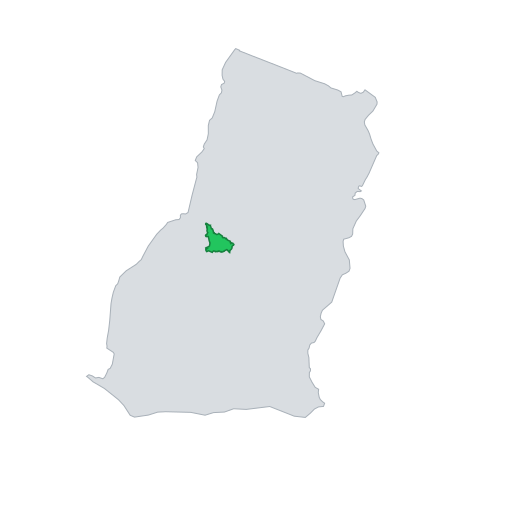 location of Kintampo South, Brong Ahafo, Ghana, rotated 22°
{"feature_id": "2480657B51466124780551", "entity_name": "Kintampo South", "entity_type": "district", "adm_level": 2, "iso_a3": "GHA", "parent_name": "Ghana", "parent_adm1": "Brong Ahafo", "projection": "robinson", "projection_center": [-1.864, 7.943], "detail": "fine", "context": "in_parent", "style": "filled", "palette": "green", "viewbox_px": 512, "rotation_deg": 22, "n_neighbors": 0, "source": "geoboundaries", "source_scale": "gbopen_adm2", "svg_char_len": 6673}
<svg xmlns="http://www.w3.org/2000/svg" viewBox="0 0 512 512"><g transform="rotate(22 256 256)"><path d="M307.1,64.2L310.6,67.8L311.3,69.9L310.1,77.8L307.6,83.4L306.0,88.5L306.2,91.1L307.8,93.7L313.0,97.8L315.6,100.4L318.8,104.4L322.4,108.3L328.6,113.4L331.3,114.3L331.2,115.7L330.3,117.7L329.8,136.7L329.3,141.6L328.8,144.0L328.3,151.1L327.6,152.1L326.4,152.0L325.4,152.3L325.1,153.7L325.5,155.2L329.3,156.2L328.5,157.3L325.7,158.2L324.4,160.4L325.0,162.8L323.5,164.8L323.9,166.1L324.9,167.0L326.5,166.7L330.8,163.4L332.7,163.1L334.9,163.7L339.1,168.7L339.3,171.2L337.6,179.5L335.9,186.0L335.6,194.5L337.4,199.4L337.2,202.0L335.3,204.3L331.0,207.6L331.3,209.9L333.3,214.1L336.9,218.8L344.0,224.7L347.8,232.2L347.9,235.3L345.7,238.4L343.1,241.1L342.3,245.0L343.5,270.4L337.9,281.4L337.8,284.6L338.4,288.2L339.9,290.5L342.8,291.1L345.1,293.2L344.3,300.9L343.1,308.8L342.9,312.7L342.2,314.5L340.0,316.0L339.2,318.4L339.7,321.5L339.3,323.8L340.5,326.8L343.1,330.4L347.2,339.5L348.8,340.2L349.5,342.2L349.1,344.0L350.7,348.1L355.3,352.1L360.1,355.6L364.0,356.1L364.9,359.3L367.5,363.3L369.4,365.0L372.3,366.2L374.8,366.8L374.9,370.2L370.5,372.5L367.5,376.0L365.3,381.3L362.2,387.2L351.4,390.2L347.3,390.2L325.1,390.4L304.4,401.9L292.5,406.0L285.2,412.5L275.3,417.1L268.4,422.7L254.1,425.4L230.6,434.2L223.3,437.6L215.8,443.8L203.7,450.9L199.0,450.8L189.5,444.1L182.4,440.8L165.0,435.6L152.0,433.7L145.7,431.5L144.0,431.1L145.5,428.7L149.1,428.5L152.9,429.2L155.8,427.4L160.0,427.2L161.1,425.2L161.5,420.4L161.4,416.5L162.9,414.8L163.3,410.1L161.2,399.9L159.8,398.8L152.2,397.3L151.6,395.3L150.3,393.2L148.8,387.9L147.2,380.1L144.5,370.4L139.4,354.4L138.2,348.8L137.3,343.0L137.1,336.1L138.2,333.6L138.0,330.0L137.6,326.5L141.2,318.3L148.2,308.4L149.7,304.8L151.0,302.3L151.2,298.7L152.4,287.1L155.8,273.0L157.9,267.7L159.4,264.9L161.1,260.2L161.5,258.0L168.0,252.5L171.0,251.0L171.6,248.8L170.6,246.5L171.1,244.9L172.6,244.1L175.0,243.4L176.7,241.1L174.0,223.8L171.8,206.6L171.7,205.1L170.4,202.7L169.1,195.6L166.9,191.4L163.9,190.2L163.9,186.3L166.9,179.7L167.8,175.8L166.3,174.6L166.1,171.6L167.1,166.7L166.6,163.7L166.0,160.5L162.9,152.9L162.1,147.6L163.7,144.4L163.7,137.6L161.9,127.0L161.7,120.4L162.8,117.6L162.3,115.0L160.0,112.4L159.8,110.0L161.8,107.6L161.5,105.8L159.1,104.4L156.9,101.2L154.9,96.0L155.3,87.8L159.0,72.6L159.5,71.3L163.7,71.4L163.7,72.0L176.6,71.9L191.5,71.7L209.2,71.5L225.3,71.4L226.0,70.7L228.6,69.8L244.9,71.4L255.1,70.6L259.4,71.1L262.5,72.1L269.6,71.5L273.3,71.9L276.1,75.7L277.3,75.6L278.9,74.0L281.7,72.2L284.5,70.8L286.6,67.8L287.8,65.5L289.7,66.0L292.3,65.9L294.1,64.0L294.8,61.1L307.1,64.2Z" fill="#d9dde1" stroke="#a8b0b8" stroke-width="1"/><path d="M208.0,265.6L207.7,266.0L207.2,266.6L206.7,266.8L206.6,267.0L206.9,267.0L207.1,267.0L207.0,267.3L207.0,267.5L207.3,267.6L207.5,267.6L207.8,267.6L207.6,267.8L207.2,268.0L206.9,268.2L206.8,268.3L207.0,268.7L207.3,268.9L207.3,269.0L207.5,269.6L208.0,270.0L208.3,270.2L208.7,270.4L210.1,268.9L212.2,269.0L214.1,269.0L214.1,268.9L214.1,268.7L214.3,268.2L214.4,267.9L214.5,267.7L214.6,267.4L214.9,267.3L215.0,267.1L215.5,267.0L215.9,267.0L216.2,267.0L216.3,267.0L216.7,267.3L216.8,267.2L217.1,266.8L217.3,266.8L217.5,266.8L217.7,266.7L217.8,266.6L218.0,266.6L218.3,266.6L218.5,266.4L218.8,266.2L219.0,266.1L219.0,265.8L219.3,265.8L219.4,265.7L219.5,265.7L219.7,265.4L219.8,265.3L219.8,265.2L220.0,265.2L220.3,265.1L220.5,265.1L221.1,265.4L221.2,265.5L221.3,265.5L221.5,265.4L221.8,265.4L222.0,265.4L222.1,265.2L222.3,265.0L222.6,265.2L222.8,265.2L223.3,264.8L223.6,264.6L223.8,264.5L223.9,264.1L224.2,263.8L224.3,263.6L224.6,263.4L224.8,263.4L224.9,263.1L225.0,262.8L225.0,262.6L225.3,262.4L225.6,262.1L225.9,261.7L226.0,261.6L226.1,261.4L226.3,261.1L226.5,261.0L227.1,261.1L227.3,261.2L227.3,261.4L227.4,261.5L227.5,261.5L228.4,261.8L228.7,261.8L228.8,261.7L228.8,261.8L229.0,261.8L229.1,262.1L229.4,262.1L229.5,262.2L229.7,262.5L229.9,262.6L230.0,262.7L230.3,262.7L230.2,262.4L230.2,262.2L230.1,261.8L230.0,261.6L229.9,261.6L229.8,261.3L229.7,261.1L229.8,260.9L229.9,260.7L230.0,260.3L230.0,260.1L230.6,258.8L230.7,258.5L230.7,258.2L230.7,257.8L230.7,257.7L230.7,257.4L230.6,257.1L230.4,256.9L230.4,256.7L230.2,256.5L230.2,256.4L230.2,256.1L230.3,255.7L230.5,255.1L230.7,254.9L230.8,254.8L231.1,254.5L231.1,254.3L231.1,254.2L231.1,253.5L230.1,253.2L229.9,253.0L229.8,252.9L229.6,253.0L228.8,252.9L228.7,252.9L228.7,253.0L228.4,253.1L228.5,253.2L228.4,253.3L228.3,253.5L228.1,253.9L227.8,253.6L227.6,253.4L227.3,253.3L227.3,252.9L227.1,252.7L227.0,252.8L226.8,252.3L226.7,252.0L223.9,251.9L223.4,251.9L223.2,251.6L222.9,251.5L222.8,251.4L222.2,251.0L222.0,250.9L222.0,251.2L221.6,251.4L221.3,251.2L221.2,251.0L220.8,251.0L220.7,251.0L220.6,250.9L220.4,250.9L220.2,250.8L219.8,250.8L219.7,250.8L219.4,250.9L219.2,250.9L218.8,251.2L218.8,251.4L218.7,251.5L218.3,251.4L218.1,251.3L217.7,251.0L217.5,250.6L217.4,250.2L216.8,250.0L215.0,249.6L213.2,249.1L213.2,249.3L212.9,249.6L212.5,250.0L212.2,250.3L212.0,250.5L211.8,250.7L211.7,250.8L211.4,250.8L211.1,250.8L210.9,250.7L210.7,250.7L210.2,250.5L209.7,250.6L209.3,250.7L209.0,250.6L208.8,250.6L208.7,250.6L208.8,250.3L208.5,250.0L208.1,250.0L207.8,250.2L207.6,249.7L207.4,249.4L207.1,249.1L207.0,248.9L206.8,248.8L206.7,248.7L206.5,248.3L206.5,248.2L206.3,248.1L206.2,247.9L205.9,247.7L205.5,247.2L204.9,247.2L204.5,247.5L202.9,245.6L202.4,245.1L202.2,244.9L202.2,244.6L201.9,244.7L201.7,244.8L201.4,244.9L201.2,244.8L200.8,244.9L200.5,244.9L200.4,245.0L200.2,244.9L199.9,244.8L199.8,244.7L199.3,244.5L199.0,244.5L198.8,244.4L198.7,244.4L198.4,244.4L198.1,244.3L197.8,244.3L197.6,244.3L197.4,244.4L197.4,244.5L197.3,244.8L197.4,245.0L197.5,245.2L197.4,245.3L197.5,245.5L197.8,245.6L198.2,245.5L198.4,245.6L198.5,245.8L198.6,246.1L198.7,246.3L198.8,246.4L199.0,246.5L199.1,246.9L199.2,247.0L199.3,247.2L199.3,247.3L199.4,247.6L199.6,247.8L199.7,248.0L199.8,247.9L199.8,248.0L200.0,248.1L200.2,248.3L200.3,248.3L200.4,248.6L200.6,248.9L200.5,249.0L200.6,249.4L200.7,249.5L200.8,249.6L200.8,249.8L200.9,250.0L200.9,250.5L201.4,251.4L201.9,252.0L202.4,252.4L202.5,252.4L202.5,252.6L202.4,252.8L202.4,253.2L202.4,253.3L202.5,253.6L202.4,253.8L202.5,254.0L202.4,254.2L202.2,254.3L202.2,254.5L201.9,254.8L201.9,255.0L201.7,255.2L201.7,255.3L201.5,255.5L201.6,256.0L201.8,256.1L202.0,256.4L202.1,256.5L202.2,256.4L202.3,256.5L202.8,256.6L203.1,256.4L203.2,256.2L203.5,256.1L203.8,256.1L204.1,255.8L204.5,255.8L204.7,256.1L205.0,256.6L205.2,257.0L205.6,257.3L206.1,258.2L207.0,259.5L207.8,260.4L208.4,261.3L208.5,261.3L209.1,264.1L208.8,264.6L208.8,264.8L208.7,264.9L208.5,265.2L208.0,265.6Z" fill="#22c55e" stroke="#15803d" stroke-width="1.5"/></g></svg>